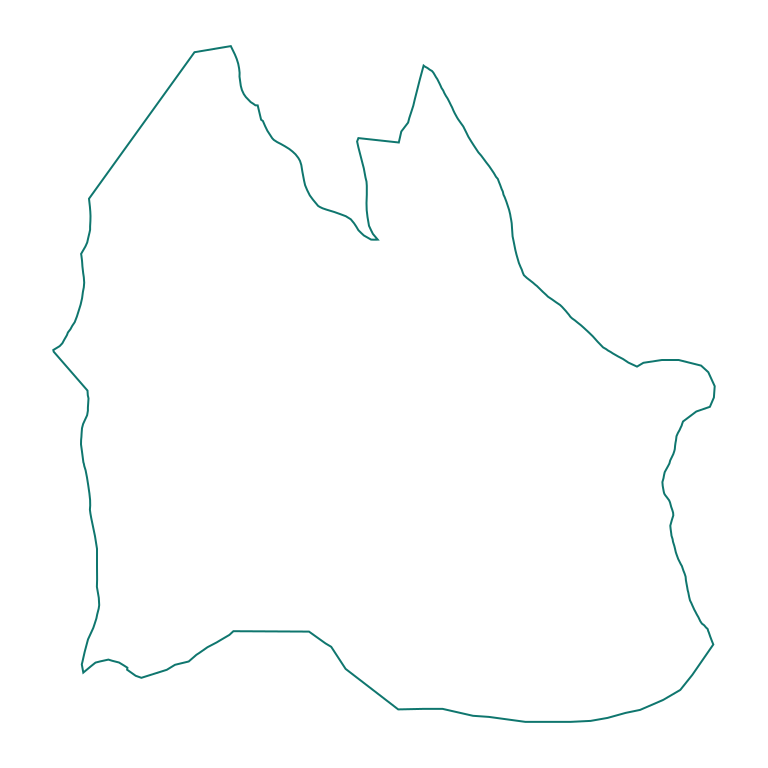 the district of Monchy/Vieux Sucreic, Gros Islet, Saint Lucia
{"feature_id": "8701671B82156592609383", "entity_name": "Monchy/Vieux Sucreic", "entity_type": "district", "adm_level": 2, "iso_a3": "LCA", "parent_name": "Saint Lucia", "parent_adm1": "Gros Islet", "projection": "natural_earth1", "projection_center": [-60.949, 14.051], "detail": "fine", "context": "isolated", "style": "outline", "palette": "teal", "viewbox_px": 768, "rotation_deg": 0, "n_neighbors": 0, "source": "geoboundaries", "source_scale": "gbopen_adm2", "svg_char_len": 4641}
<svg xmlns="http://www.w3.org/2000/svg" viewBox="0 0 768 768"><path d="M194.5,52.2L89.0,198.7L89.9,206.7L90.3,211.6L90.5,216.0L90.4,221.0L90.1,226.3L90.1,229.8L89.5,232.6L88.4,237.2L87.2,242.5L85.4,246.5L81.1,253.9L81.4,255.6L82.0,260.5L82.2,263.0L82.4,266.2L83.2,273.2L83.8,277.2L84.2,282.6L83.8,287.4L82.9,292.0L82.1,298.1L80.6,304.7L79.2,309.2L76.9,316.5L74.7,322.2L72.2,325.9L70.5,329.1L67.9,332.5L66.9,335.2L64.1,340.0L62.4,343.2L59.9,345.9L59.4,346.3L53.3,350.0L53.7,351.7L87.5,390.6L87.8,395.3L88.5,398.4L88.2,403.2L87.9,407.6L87.9,410.7L87.1,415.3L84.7,420.5L83.1,424.0L82.0,428.2L81.6,433.4L81.4,437.0L81.1,440.0L81.0,444.4L81.9,450.9L83.4,462.4L83.8,463.5L84.3,466.1L85.6,470.3L87.0,477.5L88.2,485.1L89.4,493.4L90.1,500.0L90.2,505.5L89.9,509.6L90.4,513.4L91.2,517.9L95.0,536.2L97.0,548.8L97.0,556.3L97.0,566.6L97.1,579.5L96.9,586.8L98.8,597.9L99.2,605.1L98.7,608.6L97.2,614.4L96.4,618.4L94.6,624.0L93.3,627.9L89.8,635.5L88.0,639.4L84.7,651.8L82.3,662.4L81.8,664.4L83.3,672.6L91.0,666.2L95.5,662.6L100.2,661.4L108.4,659.6L112.3,660.8L119.0,662.5L123.8,665.4L127.4,667.7L127.1,669.7L135.7,675.8L141.4,677.8L166.8,669.8L175.0,664.8L188.7,661.5L196.4,654.8L199.2,653.0L207.5,647.2L212.1,644.8L216.7,642.4L220.2,640.3L229.4,634.9L233.4,631.2L309.0,631.6L325.5,643.4L331.2,646.8L345.6,668.9L398.2,709.4L403.3,709.3L422.2,708.9L442.7,708.9L473.0,715.8L488.9,716.9L525.6,721.9L547.8,721.9L570.0,721.9L590.6,720.9L607.6,717.9L625.6,712.9L640.1,709.9L663.2,699.9L680.3,689.9L692.3,674.9L713.3,644.5L712.9,643.5L711.4,639.7L710.7,637.8L710.3,636.8L708.8,632.4L708.2,631.0L707.9,629.9L707.5,628.8L706.1,627.6L704.2,625.3L701.9,623.6L700.3,621.2L698.4,617.2L697.0,614.8L696.1,613.1L695.5,611.9L694.3,609.7L692.3,605.3L691.4,603.2L690.0,600.4L689.2,597.1L688.3,592.5L687.7,590.3L687.2,587.3L686.6,584.1L685.9,580.2L685.6,576.7L684.6,573.6L683.4,570.6L681.9,566.1L680.8,564.2L679.4,561.4L678.2,559.0L676.6,554.6L675.8,552.2L675.0,548.7L674.4,546.2L673.0,541.7L672.6,539.2L671.5,535.7L671.2,533.2L670.6,528.8L670.3,525.7L671.2,522.4L671.8,520.2L673.3,515.4L673.1,512.7L672.3,510.0L671.2,506.9L670.0,502.4L669.1,500.3L667.1,497.6L665.3,495.3L664.3,493.7L663.8,491.9L663.1,488.1L662.7,485.8L662.4,482.1L663.5,478.2L664.0,475.3L664.7,472.2L665.6,470.5L668.2,465.8L669.4,463.5L670.2,460.5L673.3,454.1L674.3,451.1L674.8,449.1L675.1,445.7L675.5,442.8L676.0,440.2L676.5,436.2L677.9,433.0L679.6,430.0L680.8,427.3L681.7,425.5L681.9,424.6L683.0,421.5L696.3,411.5L709.9,406.8L713.9,397.5L714.7,386.2L708.3,372.2L701.1,365.6L678.7,360.0L661.9,360.0L643.4,362.8L637.0,366.6L628.4,362.6L623.0,359.0L618.2,356.5L612.8,353.4L610.7,352.0L608.0,350.5L606.1,349.1L603.1,347.4L597.6,341.7L592.8,336.3L589.3,332.9L583.7,327.7L580.9,325.2L577.6,322.6L574.8,320.3L572.1,318.4L570.3,316.7L568.9,314.7L567.2,312.7L566.0,311.2L562.1,306.9L560.1,305.0L557.6,303.3L556.1,302.3L552.2,299.5L550.4,298.3L548.0,296.7L546.2,294.9L542.8,291.8L536.8,285.9L535.6,285.0L533.1,282.8L526.8,277.9L523.9,275.2L522.8,272.7L521.8,269.7L520.6,267.1L518.9,263.0L516.5,254.7L515.3,249.8L513.6,241.2L512.6,236.4L512.0,227.9L511.7,223.3L511.2,220.1L510.6,217.0L510.2,214.5L509.1,209.9L506.4,201.7L504.7,197.2L503.5,194.7L502.8,191.5L501.7,189.2L500.1,184.8L499.2,182.6L497.8,178.9L496.0,176.8L493.8,173.0L489.2,166.2L486.3,162.5L481.2,155.6L478.4,152.4L473.9,145.6L471.4,141.7L468.4,136.8L466.4,132.7L463.3,126.5L461.0,123.3L458.1,119.2L457.0,117.4L454.7,113.2L453.4,110.5L452.1,107.4L450.8,104.9L449.4,102.0L447.6,98.5L445.9,95.9L444.3,93.0L443.2,90.5L441.5,87.9L440.6,85.8L439.8,84.1L438.5,81.5L437.3,79.1L435.9,77.0L435.0,75.4L433.4,72.7L432.0,71.0L429.6,69.6L427.5,68.0L424.9,66.6L423.6,65.6L419.8,79.6L417.3,89.5L414.8,99.3L413.3,105.7L411.2,112.2L409.3,118.0L408.1,122.6L401.3,131.5L398.8,142.5L358.4,138.1L357.1,141.5L358.4,147.4L362.7,164.1L363.8,168.3L365.5,177.5L366.5,181.6L366.8,185.8L366.8,194.7L366.5,203.0L366.7,210.2L367.5,217.0L368.3,221.7L369.0,225.8L371.1,230.3L372.9,233.9L377.7,239.6L375.1,239.7L371.1,239.6L367.4,237.5L363.9,235.5L361.1,232.9L358.4,230.2L356.2,226.5L354.0,223.2L350.8,219.3L345.8,216.2L340.2,214.1L334.3,212.0L326.4,209.6L322.6,208.3L319.9,207.0L318.1,205.9L312.9,199.6L309.8,195.4L307.2,190.2L305.1,185.2L304.1,180.8L302.4,171.8L301.3,165.0L300.0,160.9L298.3,157.9L295.5,154.3L292.6,151.6L289.3,149.0L284.8,146.2L280.7,143.9L277.2,142.1L273.8,139.9L272.2,138.2L267.4,130.8L265.2,126.3L262.9,121.0L261.1,119.7L257.7,105.4L255.4,105.3L253.2,103.7L250.7,102.1L248.3,99.6L245.9,97.1L243.8,94.1L241.9,90.0L240.8,85.9L239.5,76.6L239.6,72.8L239.1,68.4L238.2,63.7L236.7,58.9L234.9,54.5L230.8,46.1L194.5,52.2Z" fill="none" stroke="#0f766e" stroke-width="2"/></svg>